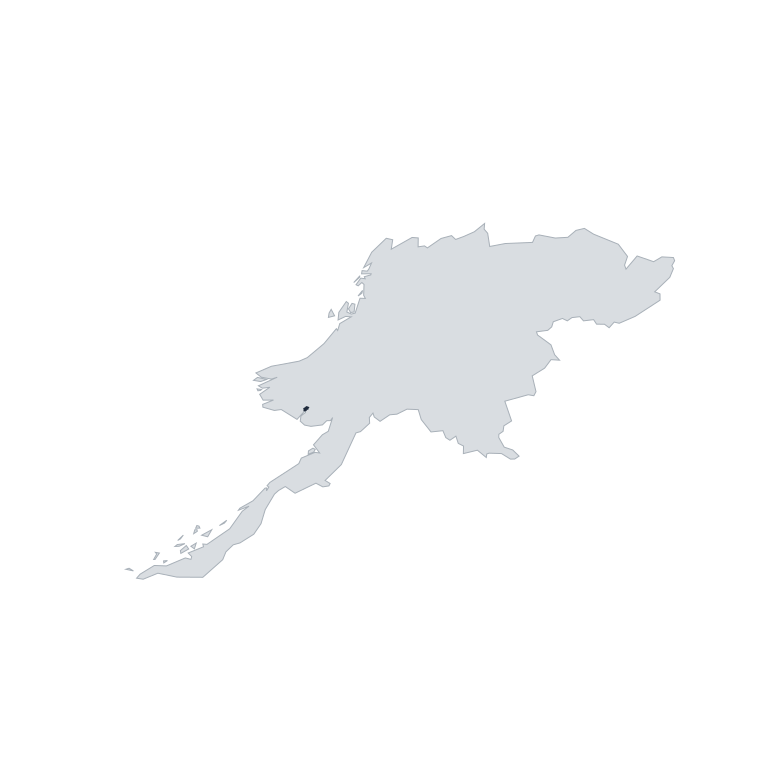 Yangon (West), Yangon, Myanmar (highlighted), rotated 62°
{"feature_id": "60261553B21361013305345", "entity_name": "Yangon (West)", "entity_type": "district", "adm_level": 2, "iso_a3": "MMR", "parent_name": "Myanmar", "parent_adm1": "Yangon", "projection": "natural_earth1", "projection_center": [96.146, 16.837], "detail": "fine", "context": "in_parent", "style": "filled", "palette": "slate", "viewbox_px": 768, "rotation_deg": 62, "n_neighbors": 0, "source": "geoboundaries", "source_scale": "gbopen_adm2", "svg_char_len": 4923}
<svg xmlns="http://www.w3.org/2000/svg" viewBox="0 0 768 768"><g transform="rotate(62 384 384)"><path d="M482.7,346.6L476.1,342.9L471.3,346.3L463.8,345.0L464.6,352.2L460.4,354.6L452.9,353.9L448.4,365.0L432.9,367.8L422.7,365.8L417.0,375.5L416.7,386.7L413.9,393.4L415.1,405.0L408.5,408.1L404.5,407.4L406.7,412.7L411.9,415.1L415.0,427.1L414.0,431.7L435.1,459.5L441.5,481.3L446.6,478.3L448.1,480.5L446.1,486.3L439.6,490.7L438.7,513.8L428.2,519.3L428.5,527.0L429.8,532.4L439.1,547.8L449.6,558.2L455.5,569.5L456.7,585.8L455.2,592.6L458.0,602.4L463.4,608.9L469.6,634.7L457.3,657.5L444.9,672.5L443.3,688.3L439.3,693.6L437.4,688.6L436.4,672.0L442.5,661.5L444.3,641.1L448.2,636.8L446.1,634.8L441.3,636.2L443.0,619.8L440.2,619.1L442.5,615.6L439.4,588.2L429.8,568.9L428.5,560.6L427.1,571.8L426.0,569.6L425.6,554.5L420.1,537.9L420.7,536.4L423.2,537.9L420.9,534.1L418.9,535.0L417.3,530.9L414.3,496.6L410.6,491.8L412.0,477.0L414.7,473.2L404.6,474.8L399.9,462.3L399.6,455.4L389.5,445.1L391.2,448.4L389.5,451.8L391.2,457.6L387.1,468.4L383.0,473.4L377.5,475.4L373.2,472.3L372.3,466.6L370.5,466.5L374.4,477.4L358.3,486.7L355.9,493.2L347.6,501.8L345.0,500.7L346.3,489.1L341.5,498.3L334.7,498.6L333.3,486.3L330.6,493.4L326.6,495.7L327.9,475.1L326.8,481.1L320.3,489.2L314.1,491.9L315.5,475.0L324.0,448.2L324.7,439.4L320.2,418.1L312.8,400.1L315.0,399.8L309.9,394.7L309.3,381.4L306.3,386.2L305.9,394.5L299.5,390.2L293.5,378.6L296.0,377.5L303.0,383.0L306.9,380.0L307.9,376.2L297.0,364.9L299.7,360.3L296.1,360.3L286.7,354.9L284.0,355.9L285.2,360.7L283.2,362.1L279.6,354.8L282.3,351.2L280.0,351.0L281.5,344.5L280.6,343.6L276.2,352.1L273.6,350.1L276.5,345.8L275.3,343.3L271.3,338.2L271.7,347.3L261.9,333.0L256.4,313.6L260.7,308.6L268.4,314.3L267.8,290.4L271.1,285.2L278.9,289.5L281.1,283.4L284.2,281.8L282.3,265.3L284.7,254.7L290.0,252.9L291.2,244.3L292.0,232.7L289.5,219.8L294.3,222.9L299.6,221.7L312.2,226.1L316.9,211.0L328.7,186.4L324.4,180.8L325.1,177.2L335.5,164.3L340.8,152.8L338.5,142.4L340.7,134.0L350.1,128.6L370.6,111.5L385.7,109.1L392.0,115.8L396.2,116.4L389.8,100.4L402.6,88.5L402.2,79.0L408.2,69.1L411.6,69.5L414.7,74.3L418.0,74.3L424.0,81.6L429.7,101.7L434.0,98.0L439.6,100.9L442.2,130.5L440.8,147.8L437.4,151.7L440.0,158.8L434.7,161.3L431.0,168.2L425.6,168.7L421.9,178.2L416.5,179.5L413.6,186.9L414.3,192.5L409.9,195.7L408.5,205.3L412.3,209.1L413.5,214.2L409.5,224.9L412.9,225.4L427.8,218.2L438.3,219.6L445.4,217.8L440.9,225.1L445.4,234.7L446.4,249.3L462.1,253.4L464.7,257.2L461.2,261.7L455.9,285.4L476.5,288.7L477.2,297.8L481.7,301.1L482.3,306.2L485.1,307.8L496.2,307.5L502.7,301.3L511.1,298.6L511.6,303.8L509.7,307.6L500.6,312.9L494.4,323.7L494.0,326.1L496.9,328.2L486.3,332.6L482.7,346.6ZM299.9,372.2L306.4,376.6L305.2,379.9L301.0,380.1L297.8,374.4L299.9,372.2ZM431.8,604.5L436.1,611.4L431.9,616.0L431.8,604.5ZM299.1,401.8L295.6,399.2L293.3,395.6L300.6,395.6L299.1,401.8ZM438.0,633.9L438.2,642.9L435.5,642.0L433.8,634.4L438.0,633.9ZM323.9,491.8L319.5,497.5L318.8,492.6L324.9,485.5L323.9,491.8ZM410.4,483.9L407.6,482.1L407.3,476.9L409.4,475.4L411.1,477.9L410.4,483.9ZM429.3,644.9L428.7,641.9L431.5,634.7L431.1,641.0L429.3,644.9ZM427.8,661.7L431.4,668.5L430.8,669.8L427.4,664.5L425.3,664.9L427.8,661.7ZM440.5,628.8L436.6,630.7L436.3,624.5L440.5,628.8ZM431.4,693.0L426.4,698.9L427.0,695.6L431.4,693.0ZM278.4,355.7L280.2,363.1L277.1,354.4L278.4,355.7ZM431.9,590.3L431.7,595.8L430.5,586.8L431.9,590.3ZM293.5,360.9L294.1,365.6L291.3,359.0L293.5,360.9ZM426.8,622.3L423.9,619.5L424.9,617.5L426.4,618.0L426.8,622.3ZM424.8,614.2L422.9,618.0L421.1,615.7L422.6,614.1L424.8,614.2ZM425.2,636.4L425.3,639.6L423.2,632.1L425.2,636.4ZM330.8,498.5L328.7,498.4L331.4,494.7L331.7,496.1L330.8,498.5ZM438.6,662.4L436.7,661.7L438.2,658.1L438.6,662.4Z" fill="#d9dde1" stroke="#a8b0b8" stroke-width="1"/><path d="M369.3,461.8L369.2,461.9L369.1,462.0L368.8,462.2L368.9,462.3L369.0,462.4L369.0,462.5L368.9,462.7L368.7,462.7L368.6,462.9L368.3,463.0L368.2,463.0L367.8,463.3L367.9,463.5L368.0,463.5L368.1,463.8L368.1,464.0L368.3,464.2L368.3,464.3L368.5,464.5L368.5,464.8L368.6,465.0L368.6,465.3L368.6,465.5L368.6,465.8L368.6,466.0L368.8,466.2L368.8,466.3L369.0,466.3L369.4,466.4L369.6,466.5L369.8,466.5L370.0,466.6L370.0,466.4L369.9,466.5L369.8,466.1L369.7,466.1L369.6,465.9L369.6,465.7L369.8,465.6L370.0,465.7L369.9,465.6L370.0,465.6L369.9,465.5L370.0,465.5L370.0,465.4L370.0,465.5L369.9,465.5L370.0,465.4L369.9,465.4L370.0,465.4L370.1,465.2L370.0,464.9L369.9,464.9L369.9,464.7L369.7,464.6L369.6,464.4L369.6,464.2L369.6,463.9L369.6,463.7L369.8,463.7L370.0,463.5L370.0,463.4L370.2,463.2L369.9,463.0L369.7,463.0L369.5,462.9L369.5,462.7L369.5,462.4L369.4,462.2L369.4,461.9L369.3,461.8ZM368.4,466.0L368.4,465.9L368.4,465.7L368.5,465.4L368.4,465.2L368.4,464.9L368.4,464.7L368.2,464.7L368.2,464.8L368.2,465.0L368.3,465.0L368.3,465.3L368.3,465.5L368.2,465.6L368.2,465.8L368.2,466.0L368.3,466.0L368.4,466.0Z" fill="#64748b" stroke="#1e293b" stroke-width="1.5"/></g></svg>